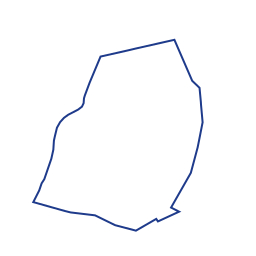 Caldeirão Grande do Piauí, Piauí, Brazil, rotated 195°
{"feature_id": "56859067B90482329140185", "entity_name": "Caldeirão Grande do Piauí", "entity_type": "district", "adm_level": 2, "iso_a3": "BRA", "parent_name": "Brazil", "parent_adm1": "Piauí", "projection": "equal_earth", "projection_center": [-40.609, -7.321], "detail": "fine", "context": "isolated", "style": "outline", "palette": "blue", "viewbox_px": 256, "rotation_deg": 195, "n_neighbors": 0, "source": "geoboundaries", "source_scale": "gbopen_adm2", "svg_char_len": 681}
<svg xmlns="http://www.w3.org/2000/svg" viewBox="0 0 256 256"><g transform="rotate(195 128 128)"><path d="M57.0,60.4L65.8,62.3L55.7,100.9L55.7,105.3L55.7,114.5L55.7,127.2L56.1,133.6L57.4,152.8L63.5,169.4L64.4,172.1L69.3,185.3L78.2,190.2L106.0,225.2L114.2,220.9L141.2,206.7L147.3,203.4L173.0,189.9L176.8,161.8L178.1,148.3L178.2,145.3L177.3,140.5L178.0,136.7L180.9,132.9L189.2,125.3L192.5,121.2L195.1,116.1L196.7,109.9L196.5,101.2L196.3,96.7L194.5,87.7L194.3,83.1L194.1,78.4L195.6,56.9L197.1,52.2L197.6,44.7L200.3,31.9L167.4,31.5L161.5,31.6L140.1,34.7L137.2,35.1L115.3,30.8L95.8,30.9L93.8,30.9L77.2,47.5L74.9,45.5L57.0,60.4Z" fill="none" stroke="#1e3a8a" stroke-width="2"/></g></svg>